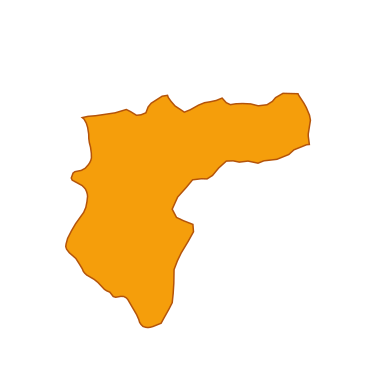 Phungso, Ryanggang, North Korea, rotated 338°
{"feature_id": "82179303B38580271965004", "entity_name": "Phungso", "entity_type": "district", "adm_level": 2, "iso_a3": "PRK", "parent_name": "North Korea", "parent_adm1": "Ryanggang", "projection": "equal_earth", "projection_center": [127.952, 40.858], "detail": "fine", "context": "isolated", "style": "filled", "palette": "amber", "viewbox_px": 384, "rotation_deg": 338, "n_neighbors": 0, "source": "geoboundaries", "source_scale": "gbopen_adm2", "svg_char_len": 1861}
<svg xmlns="http://www.w3.org/2000/svg" viewBox="0 0 384 384"><g transform="rotate(338 192 192)"><path d="M327.1,140.6L318.6,136.9L313.3,134.6L304.8,135.8L300.5,138.1L294.2,139.2L285.7,136.9L279.4,132.3L272.0,128.9L265.6,126.6L260.3,125.4L257.2,122.0L255.1,116.2L248.7,116.2L242.4,115.1L237.1,113.9L230.7,113.9L221.2,115.1L218.0,115.1L214.8,115.1L211.7,110.5L208.5,105.9L206.5,100.1L205.4,95.5L205.5,93.2L200.2,92.0L193.8,93.2L187.4,94.4L183.2,96.7L178.9,101.3L173.6,101.3L169.3,100.1L165.1,94.4L162.0,90.9L150.3,89.8L140.8,87.5L131.3,85.2L123.9,82.9L118.1,81.9L119.2,83.9L119.8,88.6L119.4,93.2L117.9,99.6L116.3,103.9L115.3,107.9L114.7,112.4L113.2,118.3L111.5,122.8L110.0,124.8L107.9,126.7L105.9,128.0L101.8,130.0L97.4,130.5L91.1,129.3L88.8,129.9L85.3,133.8L85.3,134.4L85.4,136.2L92.5,144.8L93.6,147.3L94.3,149.4L94.4,152.3L94.1,154.9L93.5,157.0L91.0,161.6L87.8,166.5L84.0,170.3L72.2,177.8L65.6,182.9L59.3,188.4L55.8,193.0L54.5,195.3L54.3,198.0L55.5,202.4L59.4,210.1L60.7,217.1L61.5,222.2L61.5,224.8L62.1,227.0L63.3,229.6L68.5,236.3L70.9,240.6L74.3,249.4L75.9,251.7L78.3,254.1L79.8,259.4L81.8,261.0L86.9,262.1L89.6,263.3L91.5,265.6L92.2,267.6L94.7,284.9L94.9,290.3L94.6,293.2L95.1,295.7L96.2,298.3L98.4,300.1L100.4,301.2L102.8,301.8L105.5,302.1L114.2,302.1L118.2,298.8L126.8,291.9L132.2,287.2L136.5,279.1L140.9,269.9L146.3,257.2L152.8,250.2L159.2,244.4L170.0,236.3L178.5,229.4L180.7,222.4L173.4,215.5L168.1,209.8L167.2,200.5L176.8,191.3L188.6,185.5L197.1,180.9L205.6,183.2L210.9,185.5L217.3,184.3L225.8,179.7L235.4,176.2L241.8,178.5L247.0,182.0L255.5,184.3L264.0,190.0L270.3,190.0L274.6,191.2L283.0,193.5L289.4,193.5L295.8,193.5L302.2,191.1L306.4,191.1L309.6,191.1L312.8,191.1L316.0,191.1L318.6,191.9L320.7,183.8L321.6,181.6L328.7,169.8L329.7,164.8L329.6,156.6L329.0,151.6L327.1,142.0L327.1,140.6Z" fill="#f59e0b" stroke="#b45309" stroke-width="1.5"/></g></svg>